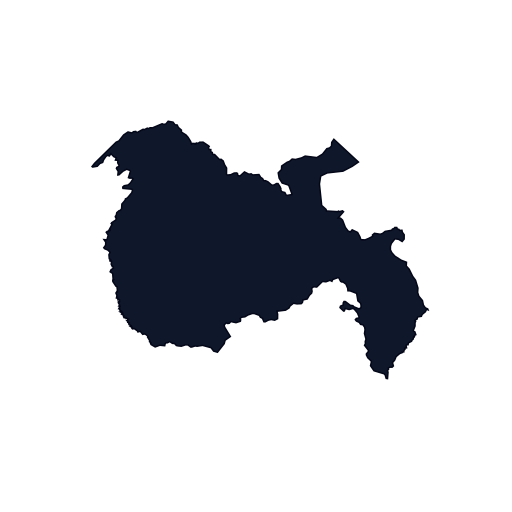 outline of Asante Akim North, Ashanti, Ghana, rotated 225°
{"feature_id": "2480657B62831767110058", "entity_name": "Asante Akim North", "entity_type": "district", "adm_level": 2, "iso_a3": "GHA", "parent_name": "Ghana", "parent_adm1": "Ashanti", "projection": "orthographic", "projection_center": [-0.952, 6.841], "detail": "fine", "context": "isolated", "style": "filled", "palette": "ink", "viewbox_px": 512, "rotation_deg": 225, "n_neighbors": 0, "source": "geoboundaries", "source_scale": "gbopen_adm2", "svg_char_len": 6107}
<svg xmlns="http://www.w3.org/2000/svg" viewBox="0 0 512 512"><g transform="rotate(225 256 256)"><path d="M283.5,393.6L282.8,389.9L280.3,387.0L280.4,384.4L281.8,382.0L281.0,375.1L282.6,368.6L291.9,361.4L293.1,357.7L296.3,352.2L299.0,350.1L299.2,346.7L300.3,344.3L301.5,337.8L299.1,335.1L299.1,330.5L294.7,327.4L289.1,326.1L283.6,328.9L282.3,328.9L275.2,325.6L274.1,324.8L276.9,320.8L277.7,320.4L280.5,321.3L283.2,319.7L285.3,320.2L285.8,321.1L287.9,322.0L291.7,322.8L292.8,321.7L293.4,319.1L294.8,317.3L300.1,316.9L302.5,316.0L303.9,314.7L306.1,315.4L308.2,314.9L311.5,315.7L315.6,311.0L317.5,310.7L318.9,308.8L323.6,307.3L323.9,301.2L325.8,300.1L327.5,301.3L328.5,301.0L330.1,299.2L331.3,295.7L333.4,293.1L334.5,292.8L339.0,297.4L342.8,298.3L346.4,300.0L349.1,299.7L350.0,298.4L357.0,298.5L358.5,297.2L360.1,298.3L361.7,297.8L363.2,299.3L364.5,298.1L366.3,299.1L366.6,300.4L367.4,300.4L373.9,299.1L376.3,296.6L376.6,294.7L377.9,293.9L377.7,293.1L378.6,292.7L378.2,292.1L380.3,291.1L380.7,289.5L383.0,290.7L387.9,291.9L391.1,292.1L396.3,290.9L397.8,292.3L401.8,292.0L404.4,292.9L406.0,291.5L409.3,292.0L413.4,289.2L413.1,285.6L414.2,283.9L415.9,283.1L419.8,273.5L421.6,271.8L422.0,270.2L423.3,269.5L424.2,266.6L425.5,265.7L427.3,259.5L427.9,259.0L429.1,259.1L430.5,257.3L430.8,255.2L434.2,253.2L435.2,248.0L434.3,240.4L435.4,237.6L435.7,207.4L435.2,203.3L434.4,203.4L431.7,207.2L431.8,211.1L430.6,213.7L431.8,216.3L432.5,220.2L432.4,221.9L430.4,223.1L431.0,225.8L426.7,225.7L424.3,226.7L423.2,224.4L421.3,226.0L419.7,224.1L416.6,223.1L416.4,222.2L417.1,220.2L416.6,219.2L413.2,218.4L411.0,215.6L410.3,216.5L410.0,222.0L408.8,225.9L405.6,227.4L404.7,227.1L401.6,221.2L400.4,221.7L398.6,223.6L397.5,223.7L396.5,219.1L396.6,215.9L398.9,212.5L399.0,210.5L397.9,209.7L390.9,215.5L389.9,215.2L388.6,213.0L388.0,206.1L388.7,204.0L388.0,203.0L387.6,197.9L384.5,194.4L384.2,192.4L384.9,191.2L385.1,188.2L383.6,185.9L383.5,184.5L382.3,183.8L381.4,184.1L380.6,182.2L381.6,177.5L381.3,176.5L380.2,176.8L378.4,170.8L377.9,171.6L377.3,170.8L378.0,170.3L378.1,169.2L377.6,169.0L378.6,168.3L378.7,166.9L375.2,166.2L372.9,162.0L375.1,160.1L372.0,159.5L370.0,157.3L369.5,154.2L368.2,154.1L365.1,155.4L361.8,155.5L360.9,152.9L357.8,150.3L356.9,150.5L356.0,149.4L355.6,150.2L355.1,149.6L354.3,150.1L352.6,147.8L350.4,147.0L350.4,147.5L349.7,147.4L348.2,146.5L348.8,143.9L348.0,141.7L345.0,142.3L340.8,138.7L340.0,138.7L340.3,137.7L339.1,136.7L333.7,135.6L332.6,136.0L329.2,133.3L329.4,132.6L328.5,132.5L328.9,130.8L326.3,129.7L325.0,127.6L323.8,128.4L322.6,127.3L321.5,128.4L320.2,127.3L320.8,126.5L320.1,126.4L320.3,125.6L317.7,124.9L317.6,123.6L316.5,124.2L315.8,121.8L315.2,122.4L314.7,121.7L313.1,121.7L313.2,120.9L312.5,121.4L312.2,120.7L311.5,121.6L311.2,120.9L310.4,121.4L310.3,120.8L309.5,120.9L309.8,119.9L307.4,120.4L306.8,119.4L305.5,119.1L304.7,120.4L303.8,119.9L303.5,120.6L301.6,121.2L301.7,118.9L300.4,119.3L299.8,118.4L298.3,119.1L298.0,118.0L297.2,117.8L294.8,118.6L294.3,118.3L295.0,117.4L292.8,117.8L292.7,117.2L291.8,117.1L290.7,118.6L286.8,119.2L285.8,118.8L284.6,120.9L280.7,120.5L279.8,122.0L278.1,122.7L275.5,122.8L275.3,122.0L271.3,121.0L270.7,120.1L268.8,120.3L268.8,119.7L267.6,119.2L263.0,120.4L260.9,124.9L257.1,128.0L258.2,129.7L258.2,131.1L257.2,132.1L256.5,134.5L253.3,135.1L251.8,136.5L249.0,136.4L247.6,137.3L245.0,139.4L243.0,143.4L241.2,145.0L237.7,145.5L237.0,146.3L235.5,149.3L233.8,150.6L230.6,155.0L222.9,159.4L218.7,158.8L215.2,160.7L216.5,171.5L218.3,174.6L217.2,180.9L227.9,183.5L229.8,184.8L229.7,187.7L228.2,188.3L227.3,189.7L227.5,191.8L223.0,194.7L220.9,198.8L221.7,200.0L223.0,200.4L222.9,202.5L220.8,205.2L220.0,208.6L218.0,212.7L216.6,214.1L211.7,216.4L209.6,215.8L207.3,216.5L203.9,215.1L203.0,215.9L201.9,219.4L200.3,221.9L197.4,223.8L196.4,226.9L199.6,230.2L202.2,231.7L196.8,238.6L195.9,242.6L196.6,244.6L196.1,249.1L193.2,251.1L190.3,254.3L190.3,255.9L191.7,258.2L189.4,261.8L190.5,266.0L190.4,269.0L191.4,270.7L193.8,272.4L193.5,275.0L191.1,277.0L191.0,285.0L188.3,287.2L186.5,291.1L184.4,291.8L185.1,293.6L182.7,298.8L182.0,299.1L178.2,297.9L176.7,298.4L176.5,299.1L172.5,299.7L168.3,298.0L166.4,296.4L164.8,297.9L158.4,300.7L152.2,296.3L149.0,296.6L147.3,295.8L145.5,294.0L145.2,293.0L146.1,291.3L150.9,289.3L152.4,289.4L154.5,287.8L160.6,287.0L161.6,286.1L161.1,284.4L159.7,283.1L160.8,280.3L160.1,278.9L155.1,279.0L154.7,279.6L155.8,282.0L152.3,284.0L150.4,287.4L148.9,287.9L144.1,287.5L139.7,285.7L139.6,284.7L140.9,282.8L140.7,281.2L139.0,281.0L136.0,282.1L133.7,281.6L131.7,283.0L128.7,282.4L126.7,280.9L124.5,277.9L119.4,275.0L118.3,272.8L116.6,271.3L116.1,269.6L109.8,268.8L109.0,267.8L108.7,264.8L107.9,264.1L105.0,263.1L100.6,263.2L99.6,262.8L97.4,259.4L91.4,258.3L82.1,263.3L80.5,263.2L77.4,261.5L76.3,262.3L80.5,267.2L82.1,268.0L82.2,269.7L83.3,270.4L82.8,271.9L81.1,273.7L81.1,275.4L84.1,277.1L84.3,280.3L85.8,283.9L85.4,288.6L84.3,291.1L84.8,291.4L83.7,292.7L84.6,293.7L84.7,295.4L85.7,295.9L84.6,297.5L86.3,298.6L86.8,299.6L85.7,300.7L86.8,302.3L85.7,305.7L86.2,306.3L86.1,308.3L87.5,310.5L86.9,310.7L87.8,312.7L87.4,313.4L90.1,314.7L91.2,314.2L92.2,314.7L94.0,318.9L96.4,321.3L96.8,322.5L98.2,322.7L97.5,325.3L98.6,327.2L96.4,330.3L97.2,332.1L96.8,336.3L97.7,339.0L96.3,339.6L97.2,340.0L99.5,339.1L101.0,339.3L103.0,339.7L106.8,342.2L112.4,342.7L115.9,344.5L118.8,347.8L126.1,351.7L130.8,352.4L138.4,355.0L142.7,355.2L145.2,358.0L150.3,355.7L157.7,354.1L162.4,354.4L165.3,355.4L167.8,357.9L169.2,360.6L169.9,366.4L167.0,368.6L162.9,369.6L163.2,372.7L166.2,375.8L169.3,376.3L171.0,377.4L172.6,375.6L173.8,375.9L175.1,375.0L176.6,375.7L178.0,374.4L177.9,372.7L178.6,371.6L178.3,370.1L182.1,364.7L182.5,361.3L183.6,359.2L188.3,355.8L188.5,353.2L187.4,352.4L188.9,347.8L190.3,344.5L193.1,342.0L193.7,341.8L195.9,343.0L200.8,344.5L206.5,342.5L206.3,339.7L208.6,338.8L213.0,339.4L220.2,342.6L223.0,342.5L224.8,340.9L225.4,349.2L226.8,349.1L228.3,346.5L229.5,346.0L229.5,345.2L238.1,337.6L239.4,338.5L245.3,338.2L262.1,351.8L266.8,358.3L264.4,365.1L254.5,377.5L251.4,387.4L250.0,394.9L283.5,393.6Z" fill="#0f172a" stroke="#020617" stroke-width="1.5"/></g></svg>